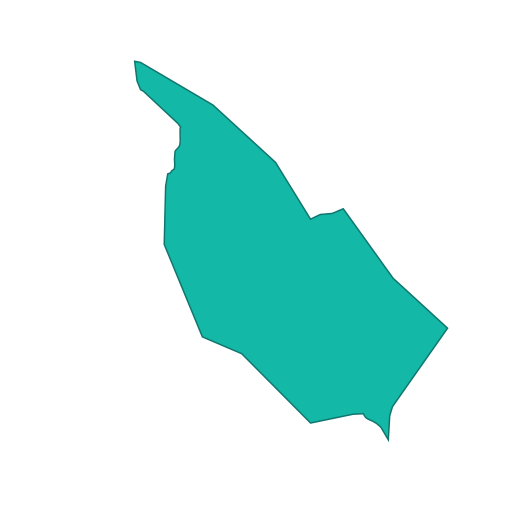 SVG path tracing the border of Saint David, rotated 315°
{"feature_id": "DMA-1433", "entity_name": "Saint David", "entity_type": "Parish", "adm_level": 1, "iso_a3": "DMA", "parent_name": "Dominica", "parent_adm1": "", "projection": "orthographic", "projection_center": [-61.287, 15.413], "detail": "fine", "context": "isolated", "style": "filled", "palette": "teal", "viewbox_px": 512, "rotation_deg": 315, "n_neighbors": 0, "source": "natural_earth", "source_scale": "10m", "svg_char_len": 825}
<svg xmlns="http://www.w3.org/2000/svg" viewBox="0 0 512 512"><g transform="rotate(315 256 256)"><path d="M307.9,32.5L311.2,37.4L332.3,118.8L336.0,203.6L320.6,268.5L330.8,272.1L340.0,279.8L351.1,284.3L337.2,368.7L340.4,442.5L246.0,459.0L237.6,463.5L219.6,479.5L223.1,466.0L223.2,463.5L222.7,459.1L221.7,455.3L219.9,450.6L219.5,448.9L219.4,447.3L220.3,443.4L212.9,436.6L176.5,412.7L176.8,315.0L160.9,275.3L199.3,182.9L241.5,142.7L251.7,135.5L252.6,136.0L253.5,136.4L254.3,136.7L254.9,136.6L256.5,136.2L257.4,136.3L258.9,136.6L259.6,136.6L261.2,135.7L263.1,134.0L266.9,129.8L272.5,125.0L273.4,124.6L274.1,124.5L277.8,124.4L278.8,124.2L280.0,123.9L281.3,123.1L283.6,121.2L291.7,112.9L293.0,111.8L293.9,111.5L294.5,107.0L292.9,60.0L292.0,56.7L295.6,48.2L307.9,32.5Z" fill="#14b8a6" stroke="#0f766e" stroke-width="1.5"/></g></svg>